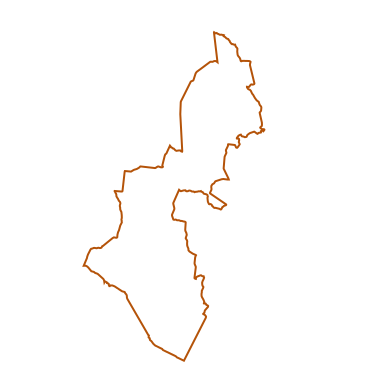 map outline of Eastern (Albers equal-area conic projection), rotated 207°
{"feature_id": "KEN-889", "entity_name": "Eastern", "entity_type": "National Capital Area", "adm_level": 1, "iso_a3": "KEN", "parent_name": "Kenya", "parent_adm1": "", "projection": "albers", "projection_center": [37.864, 0.691], "detail": "fine", "context": "isolated", "style": "outline", "palette": "amber", "viewbox_px": 384, "rotation_deg": 207, "n_neighbors": 0, "source": "natural_earth", "source_scale": "10m", "svg_char_len": 6052}
<svg xmlns="http://www.w3.org/2000/svg" viewBox="0 0 384 384"><g transform="rotate(207 192 192)"><path d="M130.4,37.8L131.5,38.2L132.1,38.3L146.0,38.0L147.3,38.6L155.1,38.5L157.6,39.2L160.5,40.7L162.1,41.0L162.5,41.3L163.2,42.4L163.5,42.6L164.3,42.6L164.6,42.7L164.8,43.0L165.3,44.6L166.0,44.7L201.2,67.5L202.0,68.3L203.0,70.0L203.7,70.7L204.2,71.0L205.4,71.4L206.3,72.2L206.8,72.3L208.1,72.0L209.4,71.8L218.1,72.8L220.4,72.6L222.4,71.7L222.5,70.8L222.9,70.6L223.9,71.4L224.2,71.7L224.5,72.3L225.6,72.5L226.4,72.3L226.5,72.6L226.7,72.8L229.1,72.9L229.1,71.8L230.2,73.3L230.9,73.9L231.6,74.3L238.7,76.2L239.7,76.2L241.4,75.9L242.1,76.0L242.7,76.2L243.4,76.2L245.7,75.7L250.3,77.7L251.9,78.1L253.4,78.0L255.0,77.1L255.6,85.4L256.0,86.8L256.3,89.1L256.3,94.6L256.1,95.6L255.1,96.4L254.2,97.5L253.8,97.8L251.4,98.6L250.2,99.8L248.7,100.2L247.9,100.7L247.4,101.4L247.3,103.1L246.9,103.4L241.8,114.9L241.0,116.1L238.8,116.8L238.3,117.1L238.1,117.9L239.0,120.0L239.6,122.5L239.7,124.8L240.7,129.6L240.7,133.0L241.2,133.6L241.4,134.3L242.1,135.0L242.3,135.3L242.8,137.1L244.1,139.5L245.8,142.1L247.4,143.3L248.1,144.0L249.0,145.6L249.8,146.5L250.2,147.3L250.6,149.2L250.9,149.7L251.6,150.4L253.4,151.1L254.4,152.0L256.9,153.5L257.5,154.0L258.1,155.1L259.0,156.1L259.8,156.5L260.5,157.1L261.4,157.7L261.4,157.8L255.0,160.4L254.4,160.9L254.4,161.4L261.2,179.5L261.3,180.2L260.4,180.6L255.6,182.5L254.0,185.1L253.5,185.7L252.2,186.9L251.6,187.5L250.5,189.2L250.0,190.1L249.8,191.0L249.5,191.4L235.9,196.5L235.4,196.9L234.7,198.2L233.9,199.3L233.5,199.5L230.8,199.9L229.6,200.6L229.4,200.9L229.4,201.3L230.4,202.0L230.5,202.2L232.7,211.7L232.9,213.3L232.3,214.7L232.7,223.3L231.2,222.6L231.0,222.3L230.3,222.4L229.6,222.4L229.0,222.1L228.1,222.4L225.7,221.6L224.6,221.6L222.5,223.1L221.3,223.7L220.3,223.3L220.0,223.4L219.2,223.4L219.2,223.9L237.8,256.1L242.7,266.7L243.0,267.6L243.2,289.7L242.9,290.3L241.6,291.8L241.5,292.4L242.6,299.3L242.5,300.4L242.3,301.3L234.9,316.2L234.3,316.7L233.2,317.1L232.7,317.4L231.7,318.7L230.9,319.2L229.9,319.5L228.2,319.2L244.9,344.2L244.9,344.4L244.2,344.3L243.7,344.0L243.3,343.9L242.2,344.9L241.8,344.8L241.2,344.6L240.1,344.8L238.8,344.7L238.4,344.8L237.4,345.5L236.3,345.7L235.8,346.0L235.0,346.2L234.8,346.2L234.9,345.5L234.7,345.2L232.7,345.1L231.0,344.5L229.1,344.7L228.3,344.1L227.2,343.8L226.4,343.0L224.3,342.0L223.4,341.9L222.9,342.3L222.2,342.3L221.2,342.4L220.5,342.9L219.1,341.5L217.1,340.7L216.6,340.3L215.4,337.6L213.6,334.9L212.7,334.2L210.6,333.3L209.3,332.3L208.3,331.1L207.8,330.8L207.2,331.0L206.9,331.5L205.9,332.1L200.9,334.5L199.9,334.8L198.9,334.5L198.4,332.4L198.0,331.4L185.7,317.1L185.6,316.4L185.9,315.9L186.7,315.2L187.8,314.9L188.1,314.7L188.4,314.1L188.9,311.6L189.6,311.1L190.8,310.7L190.7,310.5L190.5,310.2L188.9,309.3L188.4,309.2L186.8,309.3L185.6,308.9L183.0,306.9L181.7,306.4L178.9,304.5L176.6,303.3L175.5,302.9L173.5,302.6L171.7,300.8L170.9,300.2L169.4,299.6L169.0,299.3L168.6,298.8L168.2,297.9L167.4,295.9L167.4,295.0L167.8,293.6L167.2,292.7L161.2,285.5L160.2,283.7L159.8,282.6L160.5,280.5L160.3,280.2L158.9,279.8L158.4,279.8L158.0,279.9L156.4,280.6L155.9,280.5L155.8,280.2L155.7,280.0L156.0,278.5L157.1,278.7L157.5,278.5L158.1,277.8L158.2,277.5L157.6,276.7L157.6,276.3L159.5,274.9L159.8,274.4L159.9,273.7L160.1,273.5L160.3,273.5L163.5,274.0L164.0,274.0L167.2,270.7L168.1,269.0L168.6,267.6L168.4,266.2L168.5,265.9L169.0,265.4L169.9,264.8L171.1,264.8L172.8,264.3L173.2,264.4L174.5,265.3L175.1,264.8L176.2,263.2L176.2,262.4L176.6,260.8L176.5,260.3L176.3,260.0L176.1,260.0L174.8,260.7L174.2,260.6L173.5,259.6L173.0,257.8L172.8,257.5L171.2,256.3L171.2,255.5L171.6,252.6L171.8,252.0L172.4,251.7L172.9,251.7L174.8,253.2L175.2,253.3L175.5,253.2L181.0,251.2L181.4,251.0L181.5,250.8L181.2,250.3L180.9,249.1L180.8,244.8L180.5,244.2L179.2,242.6L179.1,242.3L179.0,238.8L178.9,238.1L174.6,227.6L174.3,227.1L165.8,220.7L164.9,219.8L166.1,219.2L170.0,217.8L171.4,216.8L176.0,212.2L176.1,211.7L176.3,209.7L177.3,208.2L177.5,206.7L177.5,206.2L177.0,205.0L176.1,203.7L175.7,202.8L175.6,199.5L175.3,199.0L174.9,198.9L156.4,196.5L155.9,196.4L155.8,196.2L155.7,196.0L155.8,195.6L156.5,194.9L157.3,194.0L157.5,193.1L158.0,192.5L158.1,192.0L158.0,190.5L158.2,189.7L158.6,189.4L159.8,189.5L162.8,188.8L163.8,188.6L164.6,188.1L165.3,188.0L165.8,188.1L167.1,188.7L167.9,188.8L168.4,189.4L168.9,189.6L169.9,189.7L170.3,189.5L170.9,189.0L171.5,189.0L173.4,190.5L174.6,192.3L175.6,193.9L175.8,195.1L176.9,196.3L178.0,196.5L180.5,195.9L180.9,195.9L182.3,196.7L182.8,196.7L183.9,196.5L184.5,196.9L185.2,196.2L186.3,195.7L187.7,194.5L188.9,193.8L189.6,193.0L189.9,193.0L190.5,193.2L190.9,193.1L192.2,192.4L193.6,192.5L194.8,192.2L195.4,191.8L196.1,190.8L197.1,190.2L197.7,190.1L198.2,190.4L198.7,190.5L200.3,189.5L202.2,187.7L202.8,187.6L204.5,188.1L203.7,173.9L203.5,173.3L203.0,172.6L200.5,169.7L200.1,169.0L199.9,168.3L199.5,162.8L199.2,162.1L198.7,161.5L196.1,159.0L195.8,159.0L195.0,159.3L194.1,160.0L193.6,160.1L192.7,160.0L192.3,160.1L190.7,160.9L190.0,161.0L189.1,161.0L187.9,161.6L186.2,161.9L185.0,162.3L184.3,162.3L183.9,162.1L183.7,161.8L180.9,155.3L180.2,154.3L178.5,153.0L177.2,151.4L176.7,148.2L176.5,147.8L174.6,146.7L173.9,146.0L173.1,144.1L172.1,142.3L171.3,141.4L169.6,140.0L169.0,139.0L168.6,138.4L167.1,137.8L163.1,137.4L160.0,137.6L159.7,137.5L159.7,136.2L159.4,134.9L157.6,130.2L157.1,129.2L154.7,127.1L154.4,126.5L150.8,116.6L150.5,116.3L150.0,116.2L149.5,116.2L149.1,116.3L149.5,117.5L149.3,118.4L148.8,119.2L146.6,121.6L146.0,121.9L144.9,121.7L144.4,121.7L144.0,121.8L143.4,122.2L142.3,121.1L142.1,119.3L142.1,117.4L141.8,115.8L140.8,114.1L140.1,113.3L138.7,112.5L138.5,111.5L138.4,108.4L137.7,107.0L137.4,105.9L137.0,105.0L136.2,103.6L135.3,102.8L133.0,101.3L131.3,99.8L131.2,99.7L130.9,98.4L130.8,98.1L130.5,98.1L129.8,98.7L129.4,98.8L129.0,98.7L128.4,98.2L128.1,98.0L126.5,98.0L125.9,97.8L125.6,97.0L126.7,92.5L126.7,92.0L126.2,90.2L126.7,88.5L126.5,88.3L125.0,88.4L123.6,87.8L122.9,87.3L122.6,86.3L122.6,38.0L128.6,37.9L130.4,37.8Z" fill="none" stroke="#b45309" stroke-width="2"/></g></svg>